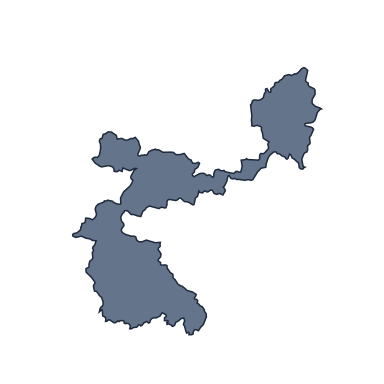 Caratinga, Minas Gerais, Brazil (Mercator projection), rotated 104°
{"feature_id": "56859067B96917379778032", "entity_name": "Caratinga", "entity_type": "district", "adm_level": 2, "iso_a3": "BRA", "parent_name": "Brazil", "parent_adm1": "Minas Gerais", "projection": "mercator", "projection_center": [-42.127, -19.689], "detail": "fine", "context": "isolated", "style": "filled", "palette": "slate", "viewbox_px": 384, "rotation_deg": 104, "n_neighbors": 0, "source": "geoboundaries", "source_scale": "gbopen_adm2", "svg_char_len": 6077}
<svg xmlns="http://www.w3.org/2000/svg" viewBox="0 0 384 384"><g transform="rotate(104 192 192)"><path d="M157.5,292.1L161.8,292.3L162.5,293.8L164.2,294.3L165.5,294.0L167.6,292.4L171.9,291.2L178.5,290.8L181.2,292.0L181.7,294.5L182.5,295.8L184.2,296.9L187.3,293.0L189.4,287.5L189.5,285.7L186.5,279.1L186.9,274.9L188.3,273.5L190.8,272.5L190.7,270.7L190.0,269.0L188.5,268.0L189.0,264.8L185.4,264.9L186.4,258.3L185.7,256.4L183.0,253.7L182.7,251.6L184.9,253.4L191.5,255.1L193.0,254.8L194.1,254.0L194.8,252.3L197.6,252.4L201.4,253.7L208.4,258.4L215.0,259.9L220.8,258.2L221.5,259.6L221.7,262.4L221.1,265.3L220.2,266.9L220.3,271.9L221.5,272.9L221.8,274.9L223.1,275.1L226.6,280.2L229.2,281.6L231.0,281.8L232.6,281.6L236.4,279.4L238.4,279.3L240.2,279.9L243.0,281.8L242.5,285.6L243.1,288.9L246.6,288.3L248.1,289.0L249.3,291.2L251.8,290.9L252.9,291.4L254.3,291.0L256.3,291.4L259.5,293.8L261.0,296.8L262.2,297.5L263.6,296.9L264.2,293.8L261.6,288.7L262.5,284.0L262.2,279.6L263.1,276.9L262.5,273.3L266.7,273.5L269.4,274.9L270.8,274.7L272.9,273.2L274.8,274.1L279.9,272.3L281.3,272.5L284.0,274.5L287.1,274.5L288.9,273.8L290.2,274.2L291.9,276.3L293.6,276.0L295.5,275.2L299.1,269.0L302.7,264.7L303.9,264.0L305.7,264.8L307.2,264.9L311.7,262.7L311.6,260.9L312.1,259.8L314.9,256.8L316.1,254.3L320.0,251.8L322.7,251.0L323.9,251.2L326.7,252.9L330.7,252.9L328.0,251.1L329.0,250.2L333.8,248.7L334.7,245.6L336.4,244.8L338.5,244.6L338.0,243.3L336.0,241.8L336.3,239.9L337.8,236.1L337.3,234.6L335.0,232.7L335.4,231.4L334.3,230.6L333.5,228.0L334.2,226.3L335.7,226.1L335.8,224.4L335.1,223.2L335.1,221.3L337.0,219.3L339.8,219.4L339.6,218.1L337.6,215.8L336.6,213.0L335.2,212.1L334.0,211.9L333.4,210.7L334.4,209.4L333.3,208.1L330.9,207.2L328.6,204.8L329.7,202.2L328.7,201.4L325.8,201.2L324.4,200.2L323.5,199.1L322.7,196.1L320.0,193.0L316.3,191.6L317.5,187.5L318.9,186.9L320.6,188.2L323.4,187.7L323.3,186.0L322.6,184.4L323.7,183.7L324.9,184.9L326.5,184.2L325.6,182.8L326.3,179.6L327.2,178.6L326.2,177.1L325.0,176.5L322.4,176.3L320.2,173.7L318.6,172.8L316.9,171.1L316.4,169.4L319.3,167.8L320.7,168.3L322.8,168.2L324.1,166.7L328.9,164.1L330.2,162.9L329.0,161.4L330.0,160.4L331.2,160.4L330.5,157.6L329.5,156.6L327.4,156.9L325.2,156.3L324.6,154.7L325.1,152.2L321.2,150.9L317.9,148.9L309.3,147.8L308.1,148.5L306.7,148.7L304.9,150.9L303.2,151.7L300.7,154.4L300.7,156.2L299.0,158.5L298.6,160.1L296.0,160.2L295.1,161.5L295.2,163.7L294.0,164.1L292.3,163.3L290.4,163.1L288.9,167.2L288.7,172.9L285.8,178.6L285.8,180.2L284.8,183.4L281.4,186.9L279.8,189.6L276.5,190.6L275.2,193.9L271.8,197.7L269.4,198.5L269.2,200.2L270.4,204.0L269.8,205.1L268.0,205.4L266.9,208.3L265.7,208.3L262.4,206.8L260.9,206.9L259.5,207.1L256.1,210.8L254.6,211.1L252.5,209.7L250.1,210.5L248.5,210.5L250.1,215.5L249.7,224.7L252.2,228.1L253.1,230.6L252.8,232.6L251.8,234.2L249.2,235.7L248.8,237.5L249.5,240.0L249.3,245.6L248.8,248.1L248.2,249.7L246.8,251.1L245.2,251.5L240.9,249.9L239.1,250.8L237.2,253.4L233.6,255.1L229.7,254.2L228.3,253.1L226.5,252.9L226.0,251.1L226.1,249.4L228.4,246.1L228.5,244.8L227.9,243.2L228.4,239.3L228.2,235.7L222.5,235.0L220.9,233.5L218.0,232.3L216.8,231.0L215.9,229.5L216.1,220.1L214.1,218.0L214.1,214.7L213.6,213.5L210.5,213.2L207.2,214.0L205.6,213.5L204.7,212.3L204.2,205.6L202.9,204.0L201.3,203.1L200.7,201.5L203.1,197.0L202.7,194.3L202.9,192.3L204.3,188.3L203.7,187.0L196.9,187.2L195.0,185.6L189.5,185.5L190.5,184.4L190.3,181.4L189.0,180.9L187.7,179.4L188.4,177.6L187.7,176.2L185.4,174.2L185.6,172.6L188.1,170.2L188.3,167.4L186.7,164.9L187.4,161.3L182.9,160.0L181.6,160.5L179.6,162.8L178.3,161.9L172.9,160.8L168.0,161.0L167.0,160.1L169.4,157.5L169.4,155.3L168.6,154.3L169.0,151.1L168.5,150.0L167.8,143.4L166.4,140.7L166.3,137.3L165.2,135.9L156.6,133.2L152.2,130.7L150.2,126.4L146.1,126.8L140.0,126.3L137.4,125.3L133.5,122.5L132.7,120.3L134.2,118.6L133.8,116.6L135.1,113.6L135.6,110.2L136.8,109.1L137.2,107.8L135.9,106.9L131.7,106.6L131.9,105.3L134.9,102.9L135.3,100.9L138.3,95.5L142.5,93.8L143.3,92.1L142.9,89.9L141.7,89.6L140.6,88.4L140.5,90.0L139.2,90.9L134.2,93.2L132.3,93.3L127.8,92.6L126.5,91.8L125.3,90.2L123.2,90.0L119.1,91.0L116.5,89.1L110.5,91.2L108.2,90.2L101.7,89.2L100.6,90.7L100.2,92.7L100.4,97.1L100.0,98.5L98.8,99.1L97.5,97.6L96.5,94.2L95.0,91.5L92.2,90.0L84.6,89.6L80.8,87.8L80.1,86.5L79.5,88.0L79.1,92.9L77.5,96.0L76.4,97.1L73.0,97.8L67.5,96.2L63.4,97.3L62.2,98.6L61.2,103.9L59.9,105.2L58.2,105.6L57.6,107.6L56.5,108.9L46.1,109.1L44.6,111.7L44.2,113.5L45.8,115.4L50.5,117.9L52.3,119.6L52.5,121.0L54.9,123.6L54.6,125.1L54.8,126.9L57.0,130.4L61.1,132.1L62.2,133.6L64.7,134.8L65.6,137.6L67.4,138.0L69.0,137.6L72.5,140.3L73.6,140.6L74.8,139.6L76.2,139.9L76.5,141.3L73.5,144.3L74.3,145.5L75.5,145.4L76.6,144.6L78.9,145.6L83.0,145.6L84.4,146.3L86.8,149.1L87.7,154.2L88.9,155.4L92.1,155.5L93.2,156.3L103.5,152.4L108.5,151.6L110.1,150.8L113.3,150.0L113.3,148.0L111.6,145.1L111.9,141.2L112.7,140.1L114.7,139.9L117.9,137.8L122.7,135.8L124.7,129.5L127.3,130.0L130.2,128.5L131.5,128.4L136.5,131.0L137.5,132.0L138.1,134.7L139.8,135.3L143.5,134.4L145.0,135.3L147.0,145.7L146.4,147.1L147.8,148.3L149.2,152.0L154.9,149.5L159.8,149.5L161.2,150.1L161.3,151.6L161.0,153.1L161.5,154.5L163.8,155.7L164.1,158.5L164.3,163.9L164.1,165.4L163.3,166.2L164.1,167.6L164.3,169.8L163.5,171.4L164.0,172.7L164.8,174.3L166.1,175.0L169.1,175.3L171.3,174.7L172.8,175.3L171.3,178.5L171.3,180.0L172.5,181.5L171.2,184.1L171.1,185.9L172.2,188.9L176.7,193.8L175.6,195.6L174.4,196.1L172.2,194.6L169.3,194.7L166.9,192.4L162.3,191.6L161.6,193.0L163.4,195.5L163.8,198.4L161.1,200.8L161.1,202.3L160.3,204.0L156.5,208.8L157.2,210.6L158.1,211.4L159.4,215.3L159.5,216.8L158.1,219.5L158.3,221.6L160.5,230.0L159.4,233.4L159.2,235.1L159.9,236.7L159.2,237.7L161.4,241.5L163.3,243.6L166.4,244.5L167.5,245.4L167.4,247.1L168.3,248.4L168.5,250.1L169.7,251.3L169.7,252.9L168.6,253.7L161.7,252.7L160.4,253.3L159.0,254.5L155.7,256.2L152.7,260.3L154.6,262.5L154.7,264.1L157.2,267.1L157.6,268.6L157.8,270.1L157.0,272.2L157.2,273.9L158.8,277.4L155.4,279.1L153.3,284.8L154.0,288.0L156.5,290.1L157.5,292.1Z" fill="#64748b" stroke="#1e293b" stroke-width="1.5"/></g></svg>